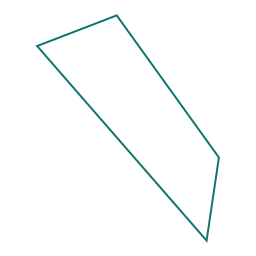 SVG path tracing the border of Ewa
{"feature_id": "NRU-4977", "entity_name": "Ewa", "entity_type": "state/province", "adm_level": 1, "iso_a3": "NRU", "parent_name": "Nauru", "parent_adm1": "", "projection": "albers", "projection_center": [166.932, -0.502], "detail": "fine", "context": "isolated", "style": "outline", "palette": "teal", "viewbox_px": 256, "rotation_deg": 0, "n_neighbors": 0, "source": "natural_earth", "source_scale": "10m", "svg_char_len": 182}
<svg xmlns="http://www.w3.org/2000/svg" viewBox="0 0 256 256"><path d="M37.1,46.0L116.7,15.4L218.9,157.5L206.6,240.6L37.1,46.0Z" fill="none" stroke="#0f766e" stroke-width="2"/></svg>